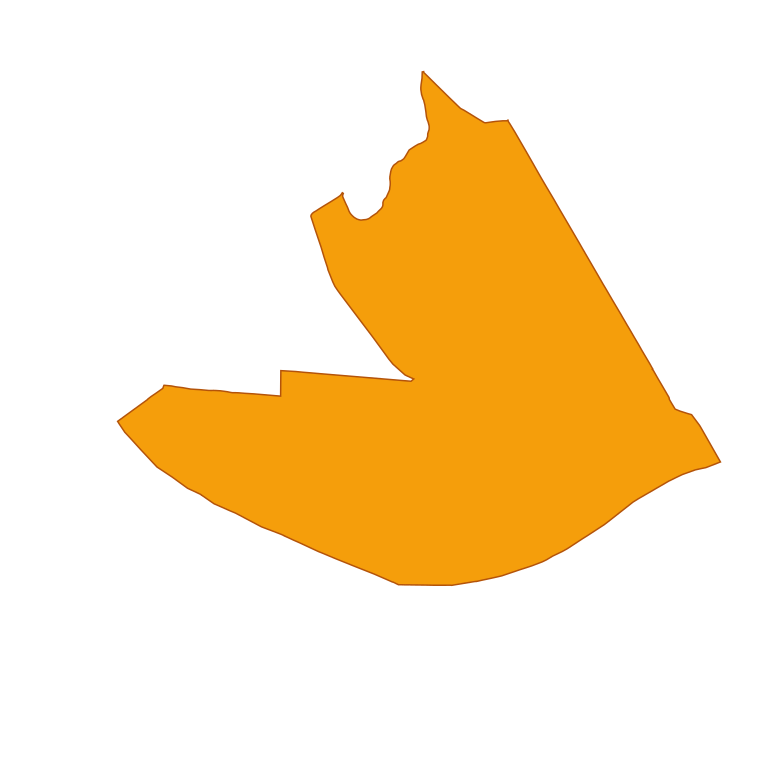 outline of I.C.Bratianu, Tulcea, Romania, rotated 238°
{"feature_id": "2599482B65427489105353", "entity_name": "I.C.Bratianu", "entity_type": "district", "adm_level": 2, "iso_a3": "ROU", "parent_name": "Romania", "parent_adm1": "Tulcea", "projection": "equal_earth", "projection_center": [28.083, 45.4], "detail": "fine", "context": "isolated", "style": "filled", "palette": "amber", "viewbox_px": 768, "rotation_deg": 238, "n_neighbors": 0, "source": "geoboundaries", "source_scale": "gbopen_adm2", "svg_char_len": 4047}
<svg xmlns="http://www.w3.org/2000/svg" viewBox="0 0 768 768"><g transform="rotate(238 384 384)"><path d="M139.6,628.0L177.8,629.6L181.6,629.7L193.5,628.7L195.0,628.6L198.0,625.9L204.1,620.7L208.4,617.6L215.6,617.7L218.4,617.8L219.5,617.8L221.3,618.5L222.2,618.6L239.0,619.1L243.3,619.2L253.0,619.6L254.2,619.3L254.3,619.9L255.9,619.9L259.4,620.1L267.5,620.3L276.0,620.5L278.2,620.6L282.8,620.8L291.4,621.0L299.8,621.3L305.1,621.4L314.8,621.7L315.1,621.7L316.9,621.8L330.1,622.1L334.3,622.2L343.9,622.5L347.3,622.6L352.6,622.7L355.1,622.8L360.8,623.0L379.1,623.6L382.1,623.7L388.8,623.9L389.7,624.0L391.6,624.0L399.6,624.3L439.8,625.5L450.6,625.9L464.5,626.2L475.3,626.5L482.9,626.8L491.7,627.2L507.7,627.8L528.2,628.5L538.2,628.6L540.3,628.5L542.1,628.9L542.1,627.7L544.2,624.3L547.6,617.7L551.7,608.5L552.2,607.9L552.8,607.4L560.3,603.6L573.8,596.9L575.3,596.0L576.8,595.1L578.3,594.6L593.6,590.8L610.7,586.7L625.1,583.3L627.0,582.8L627.9,583.2L628.4,581.8L623.2,578.3L618.0,573.9L615.7,572.2L614.0,571.2L609.6,569.3L604.8,568.1L603.9,568.1L599.0,566.5L592.5,563.7L588.1,561.6L587.7,561.5L584.8,560.6L583.3,560.4L579.4,559.2L578.1,558.6L575.9,557.1L574.2,555.0L573.4,554.1L572.9,553.6L570.8,552.2L569.2,550.2L568.4,548.9L568.4,545.0L568.6,542.4L569.2,540.1L569.3,536.3L569.2,531.4L569.1,529.3L568.9,528.9L565.6,522.6L564.5,520.1L564.3,517.0L564.5,515.6L564.9,515.0L565.0,513.3L564.6,511.3L564.5,509.2L564.3,507.9L563.4,506.1L562.4,504.3L560.7,502.4L556.4,498.6L555.6,498.2L555.2,497.8L553.9,497.2L552.5,496.6L550.8,495.6L549.3,494.6L547.8,493.3L545.9,491.8L545.0,490.7L541.4,485.3L540.9,484.5L540.8,483.4L540.2,481.5L539.6,480.5L538.3,479.1L537.1,478.4L536.4,477.9L535.7,477.3L535.2,476.6L534.6,475.5L534.2,474.3L533.5,470.9L532.8,468.5L532.7,464.4L532.6,461.9L532.3,459.7L532.4,458.3L532.9,456.1L534.2,453.5L535.2,451.3L536.6,449.8L538.3,448.4L540.5,447.3L541.1,447.0L543.5,446.3L545.6,445.9L547.3,445.8L549.0,445.9L553.2,446.7L556.9,447.1L560.5,447.6L564.5,448.2L565.5,448.6L566.4,449.5L567.2,450.5L567.7,450.3L568.3,450.0L567.4,448.0L567.0,446.6L566.8,443.3L566.8,436.2L566.9,427.4L566.9,421.7L566.8,418.1L566.9,415.6L566.7,413.7L566.0,411.9L565.5,411.3L564.8,410.8L552.0,407.6L543.2,405.5L533.1,403.1L523.3,400.4L519.3,399.4L512.8,397.8L510.5,397.0L497.9,394.7L492.8,394.1L487.6,394.3L483.3,394.6L461.8,396.5L430.3,399.3L413.9,400.5L402.4,401.3L396.1,402.1L380.6,406.6L378.2,408.1L372.5,411.9L372.0,408.4L427.5,334.1L432.1,328.0L436.7,321.8L441.4,315.7L450.0,303.6L428.5,289.9L444.6,268.4L449.1,262.1L449.5,261.5L453.3,256.4L455.1,253.8L456.9,250.9L458.1,249.5L460.4,247.1L462.6,244.5L464.9,241.7L467.4,238.2L468.9,236.0L470.0,234.1L471.5,231.8L475.0,227.2L476.6,225.1L482.1,217.4L487.6,211.3L491.9,206.0L494.9,202.8L499.5,196.8L499.3,196.4L497.5,194.1L497.0,185.4L496.8,179.9L496.4,175.9L496.1,174.8L495.5,166.2L493.5,138.3L490.1,138.3L481.4,138.6L480.5,138.6L472.8,140.1L457.3,142.9L433.9,147.5L417.2,155.1L407.5,159.0L400.3,161.9L399.6,162.2L387.7,169.9L386.6,170.4L386.4,170.3L386.2,170.5L372.5,176.4L357.8,186.4L353.3,189.6L327.8,204.4L321.6,209.1L320.7,209.8L319.4,210.8L310.9,217.2L309.7,218.0L308.0,219.1L307.9,219.0L307.5,219.3L306.5,220.0L306.1,220.2L305.6,220.6L299.6,224.5L295.8,227.1L276.5,239.7L273.8,241.7L261.5,250.4L245.3,262.2L228.1,274.9L213.4,285.0L212.3,285.7L211.4,286.4L211.2,286.7L206.1,289.9L204.6,292.3L202.0,296.2L201.8,296.6L201.4,297.2L200.2,299.2L199.4,300.3L191.2,313.1L187.4,318.9L178.1,333.8L177.4,334.7L168.6,355.8L167.9,357.3L167.7,357.4L167.7,357.5L167.6,357.8L167.5,358.1L167.2,358.7L167.1,359.0L165.8,362.8L165.2,364.5L164.2,367.2L163.0,370.5L162.8,371.0L160.3,378.1L158.9,382.2L156.6,391.9L155.5,396.5L154.5,400.8L153.4,405.1L151.5,412.8L149.3,424.0L148.8,428.6L148.7,435.7L147.5,446.2L147.2,452.1L147.5,465.7L147.6,470.9L147.6,476.1L148.0,496.3L148.9,505.2L151.9,532.6L151.9,539.1L151.3,556.5L151.2,560.1L151.1,562.6L150.8,572.0L150.7,574.7L150.6,575.0L149.9,582.2L149.1,589.2L146.2,602.5L144.4,607.6L142.5,612.7L140.0,625.9L139.6,628.0Z" fill="#f59e0b" stroke="#b45309" stroke-width="1.5"/></g></svg>